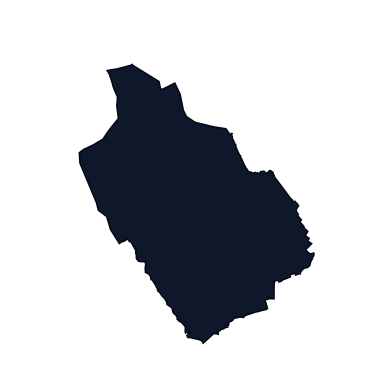 Ede, Gelderland, Netherlands (orthographic projection), rotated 248°
{"feature_id": "6326949B43393941245933", "entity_name": "Ede", "entity_type": "district", "adm_level": 2, "iso_a3": "NLD", "parent_name": "Netherlands", "parent_adm1": "Gelderland", "projection": "orthographic", "projection_center": [5.671, 52.072], "detail": "fine", "context": "isolated", "style": "filled", "palette": "ink", "viewbox_px": 384, "rotation_deg": 248, "n_neighbors": 0, "source": "geoboundaries", "source_scale": "gbopen_adm2", "svg_char_len": 5521}
<svg xmlns="http://www.w3.org/2000/svg" viewBox="0 0 384 384"><g transform="rotate(248 192 192)"><path d="M260.8,98.9L217.7,99.4L210.2,98.3L201.2,103.7L187.8,102.4L172.6,105.1L171.4,105.3L171.6,106.0L171.7,106.8L172.2,107.0L172.5,107.0L172.4,108.5L171.9,108.7L172.0,110.0L171.9,111.3L172.0,112.1L172.1,112.3L172.2,112.7L172.5,114.2L172.3,114.9L171.9,114.9L171.2,115.1L169.3,115.5L169.2,115.6L169.3,116.6L161.1,117.6L159.4,117.9L158.2,117.9L157.1,117.0L153.5,116.6L152.8,116.0L151.6,115.6L150.8,115.7L149.0,116.0L148.7,116.1L147.9,116.5L146.8,118.1L146.1,119.5L145.3,121.5L145.5,121.7L144.9,122.0L144.4,122.1L143.2,122.2L143.2,122.3L142.1,122.3L142.2,121.8L141.5,121.7L139.4,120.2L134.8,118.7L134.4,119.1L132.5,121.0L129.2,121.9L126.2,121.2L125.8,122.2L125.2,122.1L124.7,122.2L121.9,122.8L121.0,122.9L120.0,123.1L119.3,123.4L119.2,123.6L119.0,123.8L118.8,123.8L118.6,123.5L117.9,123.2L116.8,123.4L116.2,123.7L115.4,123.5L114.9,123.7L113.6,123.2L112.9,123.3L111.5,124.0L110.6,124.5L107.3,125.1L104.5,126.3L103.8,126.5L103.0,126.6L102.0,127.0L98.8,127.2L98.4,127.1L97.4,126.7L97.0,126.8L96.6,127.0L95.2,128.0L93.1,129.4L91.9,129.8L91.1,129.9L90.7,130.1L89.6,129.6L89.1,129.5L88.6,129.4L87.0,129.4L86.3,129.5L85.7,129.8L84.4,130.7L83.8,130.9L80.4,131.1L79.9,131.0L79.5,130.6L78.6,131.7L78.1,131.2L77.8,131.1L75.6,133.0L75.0,133.4L74.2,133.8L70.5,135.0L69.6,135.1L69.1,135.1L68.9,135.2L68.0,134.7L65.1,133.3L64.4,133.2L63.6,133.2L63.8,133.8L63.8,134.1L63.7,134.4L63.6,134.7L62.8,135.5L62.6,135.9L62.6,136.2L62.8,136.6L63.2,137.8L62.6,137.7L61.3,134.7L60.9,133.4L59.3,133.6L58.4,133.8L58.3,134.7L58.3,134.8L58.2,134.9L58.0,135.4L56.3,137.7L52.7,143.1L52.8,143.3L52.6,143.5L52.1,143.5L51.3,144.5L50.6,145.2L48.0,145.7L47.6,145.7L52.0,157.6L52.2,158.0L52.9,158.8L52.9,159.0L52.0,160.0L51.2,161.9L51.0,162.1L50.7,162.5L50.2,162.9L50.3,163.1L53.1,164.3L53.1,165.1L52.9,165.5L53.1,166.5L53.4,166.9L53.7,167.8L54.1,168.5L53.7,168.5L53.3,168.8L53.5,170.3L53.7,172.8L53.4,174.6L53.5,174.6L54.0,173.9L54.3,174.0L54.6,174.3L55.0,174.2L55.1,174.4L55.0,174.7L55.2,174.9L55.2,175.1L54.7,175.8L54.9,176.0L55.2,176.2L55.6,176.6L56.0,176.7L56.4,177.0L56.7,176.9L57.0,177.0L57.4,177.0L57.6,177.1L57.5,178.6L57.4,179.9L57.5,180.6L57.8,181.3L58.0,182.1L58.6,182.8L58.9,183.1L58.9,183.9L59.0,184.2L58.0,190.0L56.4,192.6L56.8,193.6L57.6,195.5L57.5,196.7L57.3,198.0L57.2,200.9L57.1,201.6L57.0,204.4L56.9,206.0L56.4,208.1L56.2,209.8L56.1,211.5L56.0,212.4L55.7,214.5L55.2,216.6L55.8,216.8L56.0,217.0L55.5,218.3L55.8,218.5L57.5,218.6L64.0,219.2L64.7,219.4L64.4,220.9L64.1,222.1L64.1,222.5L64.1,222.8L64.1,223.4L64.3,223.4L64.2,223.5L64.1,224.7L63.9,224.7L63.1,225.9L63.1,226.2L62.9,226.5L62.2,228.0L62.7,228.2L63.0,228.4L66.6,229.8L73.8,232.8L75.9,233.8L78.4,235.2L78.3,237.2L78.2,237.2L78.1,238.9L76.0,238.8L75.9,241.3L75.9,241.7L76.0,242.1L76.4,243.1L76.5,243.4L76.6,243.8L76.5,244.2L76.4,249.3L76.4,250.4L76.3,250.9L76.4,251.4L78.5,251.6L78.1,257.0L76.2,256.9L76.1,258.7L76.1,259.0L76.0,260.9L75.8,261.2L75.5,261.5L77.1,263.0L77.3,263.2L77.7,263.7L77.9,264.1L78.6,265.6L79.1,266.7L79.2,267.4L79.2,268.0L79.2,268.5L78.9,269.5L78.9,269.4L78.9,269.9L78.9,270.5L78.9,270.9L78.9,271.6L79.0,272.1L79.4,272.8L79.8,273.4L79.8,273.5L79.9,273.8L80.5,274.3L81.1,274.7L83.0,276.1L83.5,276.8L83.9,277.2L85.0,278.7L86.2,279.5L87.0,280.6L87.3,281.0L88.0,281.4L88.7,281.9L89.4,282.1L89.8,281.9L89.6,281.8L90.4,278.2L95.8,275.6L99.3,283.6L103.3,280.8L105.1,283.3L109.2,280.7L110.4,282.4L111.8,284.2L112.1,284.6L117.7,282.1L118.1,282.9L124.1,280.8L125.1,283.0L130.7,281.0L131.5,282.6L131.5,282.2L135.3,281.4L135.8,281.8L137.2,282.5L137.4,282.7L138.2,284.1L138.7,285.0L139.4,285.7L141.6,285.1L142.9,284.8L142.9,284.2L144.7,284.0L144.6,283.8L144.7,283.0L144.9,282.3L145.6,282.3L147.1,282.0L149.4,280.9L160.7,278.0L174.3,274.3L179.6,274.2L180.4,274.3L180.8,273.1L181.1,272.8L181.6,272.9L182.2,273.1L182.4,272.7L182.7,272.5L182.7,272.3L182.7,271.8L182.6,271.5L182.4,270.9L182.0,270.5L181.6,270.0L181.6,269.8L181.7,269.5L181.9,269.2L181.9,268.9L181.4,268.0L181.4,267.7L181.5,267.5L182.5,267.1L182.9,267.0L183.4,267.0L183.9,266.8L183.9,266.7L184.2,266.1L184.7,265.7L184.8,265.5L184.8,264.4L184.5,264.0L184.5,263.9L184.6,263.6L184.9,263.5L185.1,263.3L185.2,263.2L184.6,262.3L184.5,262.2L184.2,261.7L184.3,260.9L184.6,260.1L185.0,260.0L185.1,259.8L185.3,259.7L185.5,259.6L185.3,258.6L185.3,258.3L185.4,258.1L185.7,257.9L186.3,258.0L186.5,258.0L186.5,257.9L186.5,257.5L186.6,256.9L186.6,256.7L186.4,256.3L186.4,256.1L186.9,255.4L187.2,254.9L187.4,254.7L187.7,254.6L188.0,254.5L188.1,254.3L188.1,253.8L188.3,253.6L188.7,253.5L188.7,253.0L189.2,252.8L189.3,252.7L189.3,252.2L193.1,251.4L195.6,250.6L195.7,250.9L196.7,250.9L197.6,250.6L202.9,250.5L207.2,250.1L207.2,250.5L207.4,250.6L207.7,250.1L208.4,250.0L212.5,249.7L216.9,249.6L217.2,249.6L219.5,250.3L219.5,249.7L223.2,249.8L227.1,249.5L228.6,250.3L229.9,249.9L230.2,250.1L231.1,251.1L231.5,250.5L230.2,249.2L232.9,248.3L234.9,247.8L237.0,247.5L238.0,247.1L243.5,237.8L246.9,232.8L247.1,232.4L247.4,232.2L255.5,220.9L264.1,215.1L271.0,214.6L287.0,217.6L299.4,216.9L298.4,204.1L298.4,203.5L298.7,203.1L298.4,201.3L306.8,202.8L329.0,186.5L331.9,184.4L332.6,184.5L332.6,184.3L332.3,184.1L334.1,169.3L335.5,163.1L336.4,158.8L332.6,159.5L324.3,159.0L319.7,158.4L318.8,158.4L315.6,158.3L308.0,158.5L299.7,154.4L287.8,151.4L282.7,142.1L281.2,139.7L281.1,139.3L278.9,135.8L274.4,129.2L272.7,118.4L272.3,112.2L272.2,110.5L272.1,107.9L271.8,106.3L270.6,102.2L260.8,98.9Z" fill="#0f172a" stroke="#020617" stroke-width="1.5"/></g></svg>